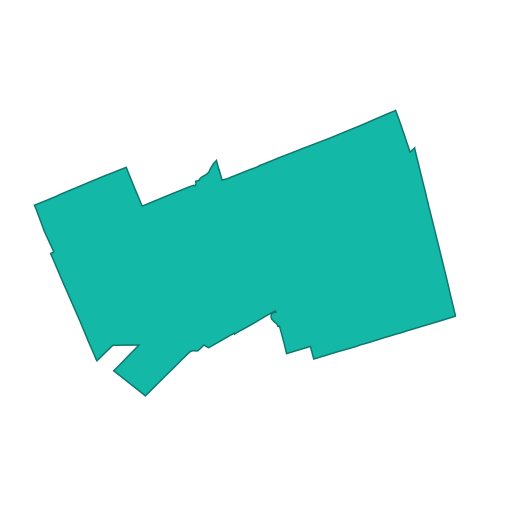 outline of Unirea, Dolj, Romania, rotated 157°
{"feature_id": "2599482B28955327165277", "entity_name": "Unirea", "entity_type": "district", "adm_level": 2, "iso_a3": "ROU", "parent_name": "Romania", "parent_adm1": "Dolj", "projection": "robinson", "projection_center": [23.169, 44.16], "detail": "fine", "context": "isolated", "style": "filled", "palette": "teal", "viewbox_px": 512, "rotation_deg": 157, "n_neighbors": 0, "source": "geoboundaries", "source_scale": "gbopen_adm2", "svg_char_len": 5936}
<svg xmlns="http://www.w3.org/2000/svg" viewBox="0 0 512 512"><g transform="rotate(157 256 256)"><path d="M444.2,338.5L444.1,337.4L444.0,332.4L444.0,308.3L443.5,264.1L443.7,242.0L443.5,230.9L443.5,228.7L443.6,223.3L443.5,222.5L443.4,221.7L422.8,229.7L412.4,225.6L398.7,219.8L403.0,217.9L413.8,213.4L424.6,208.8L431.9,205.9L429.5,201.6L426.3,195.9L422.2,188.3L414.6,174.5L412.7,170.8L412.5,170.5L407.6,172.4L401.3,175.0L395.8,177.2L392.5,178.5L389.3,179.8L384.8,181.6L375.8,185.1L370.1,187.4L364.5,189.7L359.7,191.5L355.5,193.2L353.9,193.6L352.3,193.7L351.0,193.4L349.3,192.6L347.9,191.9L347.1,191.6L346.4,191.5L345.0,192.0L342.3,193.0L339.9,193.9L338.6,194.3L338.4,194.0L335.6,190.2L335.2,190.1L326.8,191.1L312.5,192.8L306.3,193.5L306.4,192.5L305.5,192.6L303.1,193.0L300.4,193.3L298.5,193.5L296.0,193.7L291.1,194.2L287.3,194.6L285.3,194.9L283.2,195.1L281.3,195.4L279.5,195.6L277.0,196.0L273.9,196.4L269.2,197.1L266.4,197.3L259.7,198.0L259.8,196.4L260.3,196.8L261.0,197.0L262.0,196.9L263.4,197.0L264.2,197.0L265.2,195.4L265.8,194.2L266.1,193.2L266.2,192.3L266.1,191.6L265.9,190.8L265.3,189.3L264.5,187.3L263.6,185.9L263.4,185.5L263.3,185.2L263.3,184.4L263.4,183.4L263.3,182.7L263.0,182.4L262.5,182.3L261.8,182.2L263.1,172.6L264.2,164.8L266.0,154.2L241.3,151.5L243.1,138.6L231.3,137.3L226.1,136.8L218.8,136.0L215.2,135.6L209.3,134.8L206.1,134.4L199.5,133.6L194.6,133.4L188.2,132.5L173.1,131.0L169.1,130.7L168.0,130.5L166.4,130.3L164.9,130.1L162.9,129.9L157.1,129.3L156.0,129.2L155.6,129.0L151.2,128.5L146.1,128.1L108.3,123.9L96.0,122.7L95.8,122.9L95.7,123.0L95.6,123.6L94.8,129.0L94.3,131.3L94.0,133.8L93.6,135.8L92.6,142.2L89.6,159.0L84.3,191.7L78.4,228.7L78.1,230.4L77.9,232.4L77.4,235.1L77.0,237.2L76.6,239.9L76.3,242.0L75.8,244.6L75.2,248.1L74.8,250.7L74.3,253.6L74.0,255.9L73.6,258.6L73.0,261.7L72.6,264.2L71.7,270.1L71.0,274.0L70.5,277.4L70.0,280.3L69.3,284.9L68.1,291.9L68.0,293.0L67.9,293.3L67.8,293.5L68.6,293.2L71.5,292.2L73.6,291.4L73.6,291.9L73.5,293.3L73.3,294.8L73.2,296.2L73.1,297.7L73.0,299.1L72.9,300.6L72.8,302.0L72.7,303.4L72.4,306.7L72.4,307.1L72.3,307.4L72.3,307.8L72.3,308.2L72.3,308.5L72.2,308.9L72.2,309.3L72.2,309.6L72.1,310.0L72.1,310.3L72.1,310.7L72.1,311.1L72.0,311.4L72.0,311.8L72.0,312.2L72.0,312.6L71.9,313.4L71.8,315.1L71.7,315.9L71.7,316.8L71.6,317.6L71.5,318.5L71.5,319.4L71.4,320.2L71.3,321.9L71.3,322.8L71.2,323.7L71.1,324.5L71.1,325.4L71.0,326.3L71.0,327.1L70.9,327.9L70.9,328.8L70.8,330.8L70.6,335.2L70.7,335.5L70.9,335.4L72.9,335.4L78.8,335.5L96.9,335.4L97.3,335.4L98.6,335.3L99.6,335.4L100.6,335.3L102.0,335.3L103.2,335.3L104.4,335.2L104.8,335.2L105.2,335.2L105.5,335.3L106.5,335.3L108.2,335.3L109.1,335.3L109.7,335.2L110.4,335.2L110.9,335.3L111.3,335.3L111.7,335.3L112.1,335.3L112.4,335.3L113.0,335.3L113.5,335.3L114.0,335.3L114.5,335.3L115.2,335.4L115.9,335.4L116.5,335.4L117.3,335.4L118.5,335.4L124.6,335.5L136.6,335.6L144.3,335.7L151.3,336.0L163.2,336.4L169.6,336.7L173.7,336.8L174.2,336.8L174.6,336.8L175.9,336.8L177.0,336.8L178.2,336.9L179.3,336.9L181.2,337.0L183.0,337.0L185.3,337.1L186.5,337.1L187.5,337.2L188.4,337.2L189.2,337.2L191.0,337.3L192.7,337.4L194.3,337.4L195.3,337.4L197.1,337.5L198.8,337.5L200.6,337.5L201.9,337.5L204.3,337.5L205.9,337.6L207.1,337.6L208.6,337.7L211.1,337.7L213.0,337.7L213.6,337.7L214.2,337.8L215.0,337.8L216.0,337.8L216.9,337.9L217.3,337.9L218.0,337.9L218.3,337.8L219.0,337.6L219.5,337.5L220.5,337.5L221.2,337.5L222.4,337.6L223.9,337.6L224.9,337.7L226.1,337.8L226.7,337.9L227.5,337.9L229.1,337.9L230.0,337.9L230.4,337.9L230.9,338.0L231.5,338.0L232.4,338.0L233.3,338.0L234.3,338.0L235.4,338.1L236.1,338.0L237.0,338.1L237.8,338.1L238.8,338.1L239.8,338.2L240.7,338.2L241.5,338.2L242.2,338.2L242.8,338.2L243.8,338.2L244.3,338.2L244.8,338.2L245.4,338.3L245.7,338.3L246.6,338.3L247.0,338.4L247.7,338.3L248.0,338.2L248.5,338.4L249.2,338.4L250.0,338.4L250.5,338.3L251.1,338.4L251.7,338.4L252.2,338.4L253.1,338.5L253.7,338.6L254.4,338.7L254.8,338.7L255.4,338.8L255.7,338.8L256.1,338.9L256.4,339.1L256.7,339.1L257.3,339.1L257.6,339.1L257.4,340.6L257.3,341.6L257.0,343.5L256.7,345.9L256.5,347.8L256.2,349.6L256.5,349.6L255.8,354.5L255.1,359.4L255.7,359.1L258.9,357.7L264.3,353.8L266.8,351.5L268.7,350.8L271.3,350.3L275.5,349.8L277.0,349.2L279.3,347.9L282.3,348.4L283.1,345.6L284.8,344.4L285.3,345.1L286.1,345.5L292.1,345.8L316.4,346.2L333.4,346.3L341.1,346.4L341.1,346.6L341.3,347.0L341.3,347.8L341.3,350.7L341.2,359.0L341.2,368.6L340.8,388.3L341.8,388.3L342.3,388.4L342.8,388.4L343.3,388.4L343.8,388.4L344.3,388.4L344.8,388.4L345.4,388.4L345.9,388.5L346.5,388.5L347.1,388.5L347.6,388.5L348.2,388.5L348.8,388.5L349.4,388.6L349.9,388.6L350.5,388.6L351.0,388.6L351.5,388.6L352.1,388.6L352.6,388.6L353.1,388.6L353.7,388.7L354.2,388.7L355.3,388.7L355.9,388.7L356.4,388.7L357.0,388.8L357.6,388.8L358.2,388.8L358.8,388.8L359.3,388.8L359.9,388.8L360.4,388.8L361.0,388.9L361.5,388.9L362.0,388.9L362.5,388.9L363.1,388.9L363.6,388.9L364.2,388.9L364.7,388.9L365.2,389.0L365.7,389.0L366.1,389.0L366.6,389.0L367.0,389.0L367.5,389.0L368.0,389.0L368.5,389.0L369.1,389.0L369.6,389.0L370.2,389.0L370.8,389.0L371.3,389.0L371.9,389.0L373.4,389.0L374.6,389.0L376.1,389.1L379.0,389.1L383.5,389.1L385.0,389.1L386.5,389.1L387.9,389.1L389.3,389.1L390.7,389.1L392.0,389.1L393.4,389.1L394.8,389.1L396.3,389.1L397.7,389.1L399.2,389.2L400.7,389.2L403.7,389.2L405.1,389.2L406.6,389.2L409.6,389.2L411.0,389.2L412.5,389.2L414.0,389.2L414.4,389.2L414.6,389.1L414.8,389.0L416.6,389.0L417.3,389.0L418.0,389.0L418.6,389.0L420.0,389.0L421.6,389.1L421.9,389.1L422.7,389.1L423.4,389.1L424.2,389.1L424.9,389.1L425.7,389.1L426.5,389.1L427.2,389.1L427.9,389.1L428.7,389.1L430.2,389.1L430.9,389.2L432.5,389.2L433.2,389.2L433.9,389.2L434.7,389.2L436.3,389.2L437.1,389.2L437.8,389.2L438.5,389.3L440.1,389.3L440.1,384.1L440.6,374.3L440.9,366.6L441.2,361.8L440.5,339.3L440.7,338.8L441.2,338.6L441.8,338.6L442.5,338.6L443.3,338.6L444.0,338.6L444.2,338.5Z" fill="#14b8a6" stroke="#0f766e" stroke-width="1.5"/></g></svg>